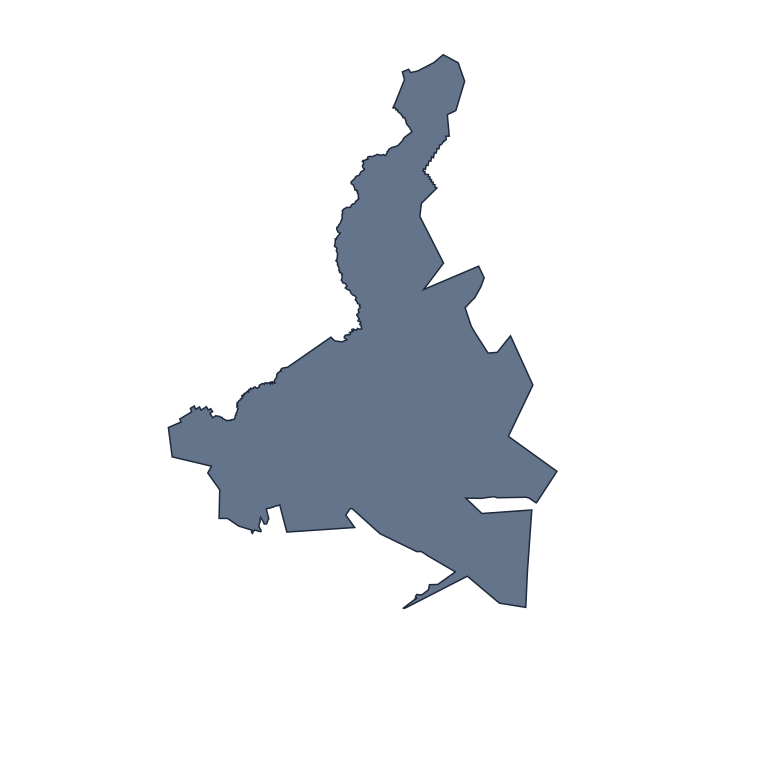 Santa Clara, Durango, Mexico, rotated 151°
{"feature_id": "50627088B43651685111163", "entity_name": "Santa Clara", "entity_type": "district", "adm_level": 2, "iso_a3": "MEX", "parent_name": "Mexico", "parent_adm1": "Durango", "projection": "mercator", "projection_center": [-103.397, 24.488], "detail": "fine", "context": "isolated", "style": "filled", "palette": "slate", "viewbox_px": 768, "rotation_deg": 151, "n_neighbors": 0, "source": "geoboundaries", "source_scale": "gbopen_adm2", "svg_char_len": 6147}
<svg xmlns="http://www.w3.org/2000/svg" viewBox="0 0 768 768"><g transform="rotate(151 384 384)"><path d="M459.4,180.8L460.7,181.3L460.6,180.5L463.0,180.5L476.4,178.5L473.5,177.7L404.3,175.5L389.3,136.3L368.3,119.9L349.7,150.1L315.8,202.2L361.2,223.3L367.8,244.5L354.5,236.9L342.5,232.2L340.1,229.6L314.5,216.0L312.3,213.7L308.7,206.5L308.2,206.2L275.1,223.8L300.6,277.9L254.3,310.9L250.0,364.8L269.6,356.8L278.0,360.6L279.4,382.2L279.7,392.0L276.1,411.3L267.2,414.3L262.8,415.4L251.9,422.2L244.9,428.3L244.1,441.2L303.5,447.4L273.3,460.9L271.4,513.1L263.8,523.8L243.0,529.7L243.5,530.0L243.0,530.5L244.1,531.8L242.8,533.6L244.4,535.0L243.1,536.7L244.8,538.0L243.3,539.7L244.8,541.0L243.4,542.7L244.9,543.9L243.5,545.6L246.6,548.0L245.2,549.8L246.7,551.0L245.0,553.0L243.8,551.5L241.0,554.9L239.5,553.8L236.5,557.4L234.9,556.2L232.1,559.7L231.1,557.9L228.1,561.5L226.3,560.7L223.4,564.2L221.9,563.0L219.4,566.1L217.8,565.6L215.3,566.8L214.0,567.0L213.9,567.7L212.7,567.3L211.0,567.6L209.7,570.7L206.8,569.1L198.0,588.9L188.6,588.3L166.7,609.7L163.4,629.0L172.6,643.3L184.8,640.9L203.2,641.5L209.7,643.5L209.9,647.3L216.6,648.1L218.6,640.2L238.2,624.2L242.2,621.3L242.2,620.9L241.4,620.5L240.8,620.8L240.1,619.5L240.7,617.9L239.7,617.6L239.2,616.9L239.9,615.6L238.2,611.7L238.4,610.4L238.1,609.9L238.2,607.5L237.1,607.4L236.9,607.0L237.2,604.2L238.2,600.7L237.3,595.5L237.3,591.0L246.2,589.8L248.3,589.1L249.8,587.8L256.7,585.7L262.6,587.1L265.9,586.9L267.6,585.6L268.4,585.8L268.9,585.4L269.3,584.5L272.1,583.2L272.4,583.4L273.1,584.9L275.8,585.4L277.9,587.6L279.1,588.3L280.1,588.1L284.0,588.6L285.6,589.7L287.8,590.5L289.3,589.1L289.3,588.3L290.2,588.9L291.4,589.1L292.4,588.8L293.7,589.6L295.0,589.3L294.8,588.5L294.3,588.0L294.7,587.5L295.1,586.3L296.3,586.0L296.6,585.4L297.2,585.2L297.3,585.0L297.5,583.2L297.4,582.4L296.9,581.9L297.0,581.3L298.3,580.8L301.1,580.8L302.3,580.2L304.2,578.7L306.5,578.9L306.9,579.2L308.0,579.0L310.5,577.7L314.3,576.9L315.3,576.0L315.5,575.0L314.5,573.2L314.4,571.9L314.8,569.2L315.4,568.1L315.1,567.4L314.0,566.8L313.6,566.0L314.5,565.3L314.1,564.5L314.7,563.4L314.7,561.5L315.7,560.4L316.2,558.2L316.9,558.3L318.6,557.6L320.0,557.6L322.3,555.9L323.9,556.6L325.1,556.4L325.9,556.2L327.8,554.8L331.3,556.7L331.9,556.4L332.7,556.4L333.8,556.7L334.8,556.2L336.2,556.0L336.8,555.3L336.8,554.3L337.4,553.5L338.4,552.9L338.3,552.5L339.7,550.6L340.3,548.9L341.1,548.7L341.5,548.0L342.0,547.8L344.0,545.9L346.3,545.2L346.9,544.4L347.6,544.1L348.9,544.0L349.6,543.5L350.2,542.5L350.6,539.5L350.4,538.9L349.0,537.3L354.5,534.9L355.2,533.8L356.2,534.6L359.1,529.8L359.6,529.7L360.4,528.7L360.5,528.3L359.4,526.3L359.8,524.8L361.1,523.8L361.4,520.5L364.4,516.1L366.3,515.2L366.3,514.8L365.6,513.8L365.7,513.3L366.1,512.9L366.1,511.5L367.0,510.8L366.7,510.0L367.0,509.2L367.1,507.7L367.7,505.7L368.5,505.2L368.1,503.7L368.7,503.2L368.4,502.5L367.7,502.1L367.0,500.6L368.2,500.0L368.1,499.0L368.7,497.9L369.7,496.6L371.1,495.5L370.8,494.0L371.0,492.4L368.9,490.5L369.1,489.8L368.6,488.1L370.1,487.2L370.8,487.2L371.3,486.8L370.7,486.1L370.6,485.2L370.1,484.3L368.5,482.4L368.8,479.3L368.3,477.2L366.7,475.2L366.4,472.9L368.2,471.7L368.3,471.1L367.8,470.3L367.8,468.6L368.1,467.2L366.5,465.2L367.8,463.9L367.5,462.9L367.7,462.3L369.9,461.8L370.8,461.0L371.1,458.6L373.6,458.1L374.3,457.7L374.6,457.3L373.9,456.1L374.4,454.2L374.0,453.7L374.0,452.8L374.7,452.5L376.0,452.3L376.1,451.8L375.7,450.8L374.3,450.0L374.3,449.4L375.0,448.9L375.2,448.1L375.6,447.9L376.2,448.1L376.3,447.4L375.9,447.0L375.8,445.7L376.2,445.3L376.5,443.1L377.2,443.0L379.3,444.2L380.3,445.5L380.7,444.9L382.4,444.5L384.1,446.9L385.6,447.3L385.9,447.2L386.0,446.5L385.0,446.4L384.8,445.8L385.5,445.0L389.0,445.8L388.8,444.7L389.3,443.9L390.5,443.7L391.1,444.8L392.3,444.3L393.4,445.4L394.3,445.3L395.6,444.7L396.4,443.7L395.0,440.6L400.4,441.3L405.2,444.9L406.4,446.1L407.7,450.7L460.2,445.4L464.5,446.9L466.0,447.1L467.7,446.4L468.0,445.7L467.7,445.2L469.1,445.4L471.3,445.2L472.9,444.5L474.8,442.0L476.0,441.2L477.3,440.8L478.6,439.5L479.0,438.6L478.8,437.7L479.5,438.1L480.1,439.6L480.5,439.9L480.9,438.8L481.4,438.4L481.6,439.9L482.1,440.7L482.7,440.7L482.8,439.5L483.3,438.9L483.6,440.3L484.2,440.9L484.7,441.1L486.0,440.9L486.4,442.1L487.3,442.6L488.2,442.4L488.9,441.8L489.4,442.9L489.9,443.3L493.5,443.4L494.0,443.0L494.0,442.4L494.3,442.0L495.8,442.0L496.8,441.7L497.6,442.1L498.1,443.9L498.8,444.2L499.2,444.3L500.4,443.7L501.0,444.0L502.1,444.0L502.6,444.8L503.0,444.0L503.4,444.4L504.0,444.2L504.6,444.7L505.0,444.2L506.1,444.0L505.9,443.2L506.4,442.7L506.8,443.8L507.8,443.7L508.3,443.0L508.9,443.3L510.4,443.0L510.6,443.4L511.9,442.8L511.8,442.2L512.8,441.7L513.3,442.8L513.8,442.8L514.2,442.4L514.4,441.3L514.9,440.9L515.0,440.1L517.0,440.5L517.9,439.5L519.3,439.6L520.1,438.8L521.2,439.0L521.5,438.8L522.0,438.2L522.1,437.1L522.7,437.2L522.9,437.0L522.6,435.8L523.4,435.8L524.0,434.7L523.6,433.7L524.1,432.7L525.2,432.0L525.7,431.1L528.0,429.7L528.2,428.7L529.5,428.4L530.0,427.5L531.8,425.8L532.9,426.2L533.3,426.0L535.3,426.9L535.7,426.4L538.6,428.1L539.2,427.9L539.5,428.1L539.6,428.8L540.4,429.7L541.3,431.5L541.9,432.0L541.8,433.3L542.9,434.0L543.7,435.7L544.7,436.1L546.4,437.8L550.1,437.5L550.4,442.7L547.3,442.9L547.6,446.5L550.4,446.4L550.3,450.2L556.8,449.9L556.4,453.4L561.1,453.2L560.5,456.7L565.2,456.6L565.7,452.9L579.6,452.4L579.9,449.2L593.7,450.5L604.6,422.9L574.7,395.7L581.3,391.6L579.0,371.1L593.4,346.4L586.0,342.2L579.9,330.1L570.2,320.0L571.5,319.1L571.8,318.2L571.4,317.1L570.7,317.9L568.0,319.0L563.5,314.6L563.1,314.7L562.5,315.6L562.5,319.7L561.9,321.1L559.8,323.2L558.9,323.6L558.3,325.5L556.8,327.1L556.7,327.2L556.3,321.9L556.7,319.6L554.6,318.6L552.8,319.8L551.3,321.4L550.1,321.9L547.6,331.7L547.1,331.9L546.5,331.5L545.6,331.5L544.5,330.9L541.0,330.3L540.8,330.0L538.6,330.0L536.7,329.5L536.3,329.1L533.8,328.8L540.8,301.6L479.2,272.7L481.0,287.8L474.1,291.4L472.2,290.3L460.1,255.0L436.7,221.6L432.5,219.3L429.1,212.7L412.7,185.1L434.1,182.6L441.5,186.4L445.0,182.4L452.7,181.3L454.8,182.1L457.4,184.1L459.5,182.8L459.1,181.2L459.4,180.8Z" fill="#64748b" stroke="#1e293b" stroke-width="1.5"/></g></svg>